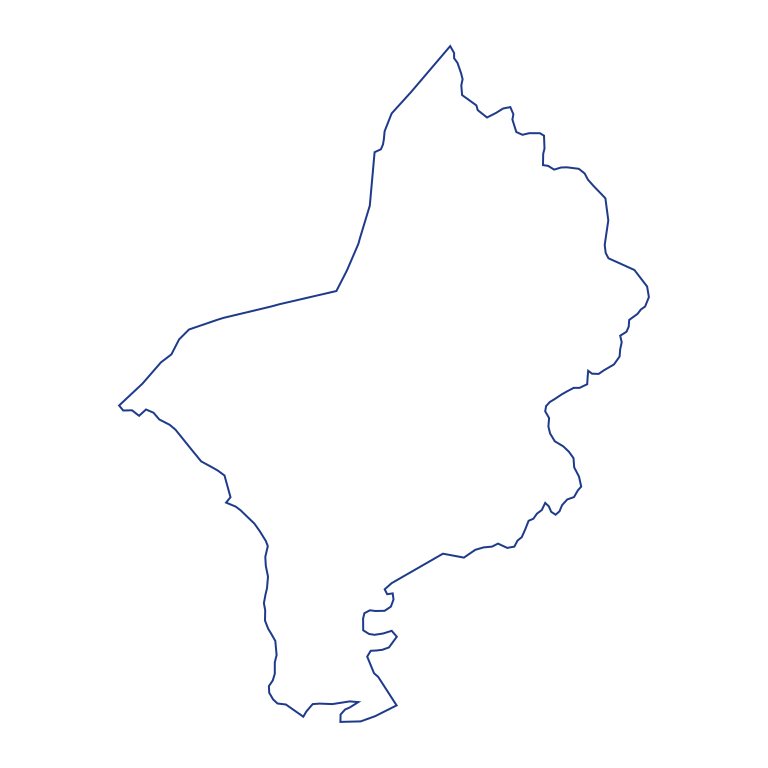 Penedo, Alagoas, Brazil (Albers equal-area conic projection)
{"feature_id": "56859067B93481247036469", "entity_name": "Penedo", "entity_type": "district", "adm_level": 2, "iso_a3": "BRA", "parent_name": "Brazil", "parent_adm1": "Alagoas", "projection": "albers", "projection_center": [-36.472, -10.232], "detail": "fine", "context": "isolated", "style": "outline", "palette": "blue", "viewbox_px": 768, "rotation_deg": 0, "n_neighbors": 0, "source": "geoboundaries", "source_scale": "gbopen_adm2", "svg_char_len": 2553}
<svg xmlns="http://www.w3.org/2000/svg" viewBox="0 0 768 768"><path d="M457.5,62.9L454.1,58.2L454.1,53.0L450.2,46.1L411.0,92.1L391.6,113.5L384.6,131.3L383.9,139.0L383.0,144.4L380.9,149.3L374.6,152.2L369.8,205.6L359.7,239.0L358.4,243.8L347.0,270.3L336.4,291.0L279.9,304.1L271.1,306.5L223.4,317.9L217.0,319.9L189.0,329.5L179.1,339.4L171.4,354.4L161.0,362.3L142.4,383.7L119.1,405.5L123.2,410.5L132.0,410.3L139.1,415.8L146.0,409.5L153.5,412.7L159.3,419.5L169.7,424.8L175.5,429.7L192.1,450.3L201.2,461.4L212.6,467.6L217.7,470.5L224.5,475.5L230.5,497.2L226.1,502.6L235.7,506.6L240.6,510.3L250.0,519.4L254.4,523.6L259.7,531.1L265.8,540.9L267.8,546.1L265.3,556.9L265.8,565.8L268.0,576.7L267.0,588.2L265.5,594.5L263.9,603.2L265.2,610.3L265.0,620.6L268.2,628.8L270.7,632.9L275.3,640.9L276.6,655.0L274.8,662.4L274.8,673.7L272.8,680.4L268.9,686.1L269.2,692.7L273.0,699.3L277.5,703.5L285.9,704.5L303.3,716.7L306.4,711.4L312.7,704.1L319.6,703.6L332.3,704.1L349.7,701.4L358.3,702.1L349.7,707.5L345.1,709.5L340.6,714.5L340.4,721.9L360.6,721.4L375.1,716.2L396.6,705.4L378.2,676.9L374.0,673.2L367.2,656.6L370.7,650.8L376.4,650.5L382.3,649.8L389.0,647.4L396.8,636.7L391.7,630.8L383.1,633.5L374.6,634.8L369.1,634.0L363.2,630.3L363.1,618.5L364.4,613.2L369.9,610.3L375.5,611.0L384.6,610.8L390.9,606.6L393.5,599.5L392.7,593.4L387.2,594.2L384.7,589.3L391.7,583.1L442.9,553.7L463.9,557.6L475.3,549.8L483.6,547.4L492.1,546.6L498.0,543.6L507.2,547.9L514.4,546.6L517.5,540.6L521.8,537.1L525.3,529.2L528.6,520.8L533.4,518.7L536.9,513.7L541.8,510.0L545.2,502.9L548.8,506.3L551.2,511.8L555.6,514.7L559.5,511.3L562.1,505.1L567.3,499.4L574.0,497.1L577.9,490.3L581.2,486.6L579.0,476.6L574.2,467.4L573.5,458.1L568.8,451.6L563.2,446.3L554.8,441.3L550.1,433.5L548.4,426.5L549.1,418.1L545.2,411.3L546.1,406.1L549.7,402.1L555.4,398.6L561.7,394.4L566.8,391.5L573.6,387.9L579.5,387.9L587.2,384.2L587.7,376.3L588.2,370.8L592.1,373.7L598.7,373.9L603.6,370.5L614.0,364.4L619.6,356.5L620.2,349.2L621.7,342.3L620.2,335.7L626.4,331.8L628.7,326.8L629.2,319.9L637.5,313.9L640.9,309.5L645.1,306.5L648.9,297.1L647.1,286.5L634.4,270.0L608.5,258.3L605.7,253.0L604.7,244.9L608.3,220.4L605.4,198.3L593.2,185.6L587.9,179.6L584.7,173.5L578.8,168.8L566.8,167.3L561.1,167.5L554.1,169.6L548.2,165.9L543.0,165.1L543.2,153.8L544.5,148.6L544.0,135.7L539.9,133.2L529.2,133.2L522.5,134.8L516.3,132.0L512.4,119.5L513.4,114.3L510.3,107.1L503.1,108.5L495.9,113.0L487.0,117.5L482.6,114.0L477.7,110.1L476.4,105.4L462.1,95.1L461.3,85.4L462.6,79.2L461.1,73.3L457.5,62.9Z" fill="none" stroke="#1e3a8a" stroke-width="2"/></svg>